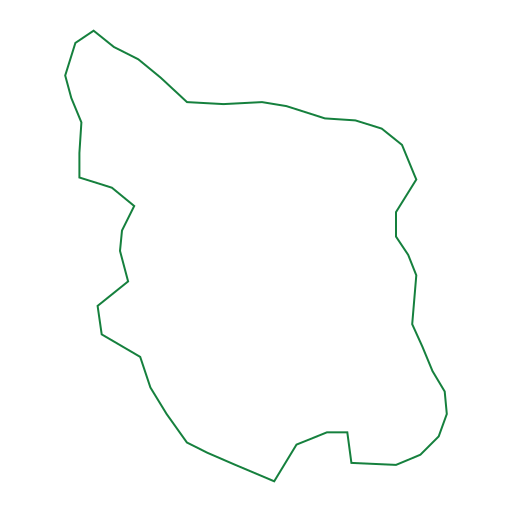 outline of Kioneli, Cyprus
{"feature_id": "46923920B14813142167534", "entity_name": "Kioneli", "entity_type": "district", "adm_level": 2, "iso_a3": "CYP", "parent_name": "Cyprus", "parent_adm1": "", "projection": "albers", "projection_center": [33.295, 35.224], "detail": "fine", "context": "isolated", "style": "outline", "palette": "green", "viewbox_px": 512, "rotation_deg": 0, "n_neighbors": 0, "source": "geoboundaries", "source_scale": "gbopen_adm2", "svg_char_len": 736}
<svg xmlns="http://www.w3.org/2000/svg" viewBox="0 0 512 512"><path d="M101.7,334.4L140.2,356.9L150.4,387.5L166.6,414.0L186.9,442.5L207.2,452.7L235.6,465.0L274.2,481.3L296.5,444.6L327.0,432.3L347.3,432.3L351.4,462.9L396.0,464.9L407.3,460.2L420.4,454.7L438.7,436.4L446.8,414.0L444.7,391.5L432.5,371.1L422.4,346.7L412.2,324.2L416.3,275.3L408.2,254.9L396.0,236.6L396.0,212.1L416.3,179.5L414.3,174.8L402.0,144.9L381.7,128.6L355.4,120.4L324.9,118.4L286.4,106.1L262.0,102.1L223.5,104.1L187.0,102.1L160.6,77.6L138.3,59.3L113.9,47.0L93.6,30.7L75.4,42.9L65.2,75.5L71.3,98.0L81.4,122.4L79.4,153.0L79.4,177.5L111.9,187.7L134.2,206.0L122.0,230.5L120.0,250.9L128.1,281.4L97.6,305.9L101.7,334.4Z" fill="none" stroke="#15803d" stroke-width="2"/></svg>